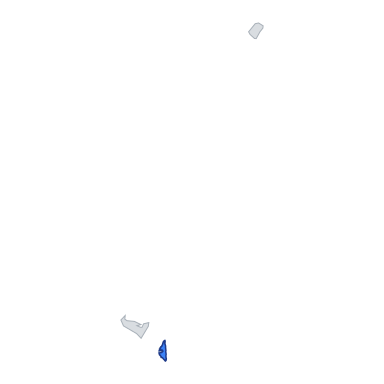 'Eua Prope, Eua, Tonga shown in context
{"feature_id": "48082658B54870744689581", "entity_name": "'Eua Prope", "entity_type": "district", "adm_level": 2, "iso_a3": "TON", "parent_name": "Tonga", "parent_adm1": "Eua", "projection": "natural_earth1", "projection_center": [-174.946, -21.37], "detail": "fine", "context": "in_parent", "style": "filled", "palette": "blue", "viewbox_px": 384, "rotation_deg": 0, "n_neighbors": 0, "source": "geoboundaries", "source_scale": "gbopen_adm2", "svg_char_len": 2430}
<svg xmlns="http://www.w3.org/2000/svg" viewBox="0 0 384 384"><path d="M140.6,327.3L142.0,327.3L143.6,323.8L148.8,322.6L148.3,326.3L141.1,338.3L136.6,333.6L123.5,325.9L120.9,320.0L125.2,315.5L124.8,319.1L127.0,320.7L134.4,321.4L141.0,324.6L136.9,325.7L140.6,327.3ZM260.0,31.7L256.2,38.6L254.5,38.5L250.1,34.5L248.6,31.8L255.2,23.7L258.6,23.0L263.1,25.8L262.9,28.1L260.0,31.7ZM165.1,342.6L164.5,360.2L159.7,352.1L159.2,348.4L164.1,343.0L165.1,342.6Z" fill="#d9dde1" stroke="#a8b0b8" stroke-width="1"/><path d="M159.2,350.7L160.2,350.6L160.1,350.0L160.0,349.5L160.6,349.4L160.8,349.4L160.9,349.5L160.9,349.8L161.0,350.2L161.0,350.4L161.4,350.3L161.5,350.3L162.2,350.2L162.2,350.3L162.3,350.6L162.5,350.6L162.8,350.9L162.9,351.0L162.8,351.4L162.5,351.5L162.0,351.7L161.9,351.9L161.9,352.0L161.9,352.4L161.7,352.5L161.3,352.6L160.9,352.6L159.0,353.0L159.2,353.4L159.2,353.6L159.3,353.7L159.3,353.8L159.3,354.0L159.5,354.2L159.5,354.3L159.4,354.4L159.4,354.5L159.5,354.7L159.5,354.8L159.7,355.0L159.8,355.1L160.1,355.2L160.1,355.3L160.2,355.5L160.3,355.5L160.6,355.9L160.7,356.1L160.8,356.3L161.1,356.5L161.3,357.0L161.6,357.4L161.5,357.5L162.5,357.7L163.3,358.8L164.2,359.7L165.1,360.7L165.5,361.0L165.7,360.8L166.0,360.4L166.2,359.9L166.0,359.3L166.3,359.0L166.3,358.5L166.2,358.1L166.1,357.7L165.9,357.1L166.0,356.4L165.9,355.6L166.1,354.6L166.1,354.1L166.0,353.5L166.0,353.0L165.8,352.5L165.8,352.3L165.7,351.7L165.8,351.2L165.9,350.6L165.9,350.3L165.8,349.7L165.7,349.0L165.7,348.8L165.7,348.3L165.6,348.0L165.5,347.8L165.6,347.5L165.6,347.2L165.6,346.8L165.6,346.5L165.5,345.9L165.5,345.5L165.3,344.9L165.1,344.5L164.9,343.9L164.9,343.5L164.8,343.1L164.7,343.0L164.7,342.7L164.8,342.5L165.0,342.3L165.1,342.0L165.1,341.8L165.1,341.5L165.1,341.1L165.0,340.8L165.0,340.6L164.9,340.4L164.6,340.5L164.3,340.7L164.0,341.0L163.7,341.3L163.4,341.7L163.3,341.9L163.3,342.0L163.2,342.1L163.1,342.4L163.1,342.5L163.0,342.8L163.0,343.0L162.9,343.1L162.8,343.3L162.8,343.7L162.7,343.8L162.6,344.4L162.5,344.6L162.4,344.8L162.2,345.2L162.0,345.7L161.9,345.9L161.5,346.4L161.4,346.5L161.1,346.8L160.9,346.9L160.9,347.0L161.0,347.0L160.9,347.1L160.7,347.2L160.7,347.3L160.6,347.5L160.5,347.8L160.4,347.8L160.3,348.0L160.2,348.1L160.1,348.3L159.9,348.8L159.8,349.1L159.7,349.2L159.7,349.3L159.6,349.5L159.5,349.8L159.5,350.1L159.4,350.1L159.3,350.3L159.3,350.5L159.2,350.7L159.2,350.7Z" fill="#3b82f6" stroke="#1e3a8a" stroke-width="1.5"/></svg>